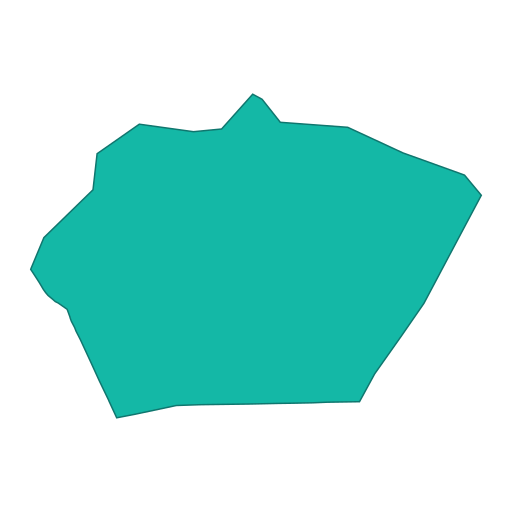 the district of Um Dafoug, Southern Darfur, Sudan
{"feature_id": "16777658B44845642747034", "entity_name": "Um Dafoug", "entity_type": "district", "adm_level": 2, "iso_a3": "SDN", "parent_name": "Sudan", "parent_adm1": "Southern Darfur", "projection": "equal_earth", "projection_center": [23.612, 10.562], "detail": "fine", "context": "isolated", "style": "filled", "palette": "teal", "viewbox_px": 512, "rotation_deg": 0, "n_neighbors": 0, "source": "geoboundaries", "source_scale": "gbopen_adm2", "svg_char_len": 776}
<svg xmlns="http://www.w3.org/2000/svg" viewBox="0 0 512 512"><path d="M441.5,270.2L466.3,223.5L481.3,195.3L464.5,175.1L402.9,152.9L347.7,127.3L280.3,122.3L262.1,99.3L252.7,94.2L221.6,129.0L193.5,131.7L139.3,124.2L97.1,153.7L93.0,189.8L43.9,237.6L31.1,268.3L30.7,269.4L32.2,271.6L36.5,278.2L39.5,282.9L43.4,289.5L45.7,292.7L48.1,295.5L50.4,297.4L52.6,299.2L55.3,301.6L58.0,302.9L67.0,309.2L67.4,310.0L69.8,316.6L70.4,318.7L71.3,321.1L72.1,322.7L74.7,327.7L76.0,331.1L80.3,339.5L90.9,362.4L99.3,380.8L108.7,400.3L108.9,400.9L116.7,417.8L134.8,414.3L176.3,405.5L199.7,404.7L205.5,404.6L250.9,404.0L278.3,403.4L292.2,403.2L312.9,402.8L327.1,402.2L359.5,401.7L374.7,373.8L401.8,335.4L423.9,303.4L438.4,276.1L441.5,270.2Z" fill="#14b8a6" stroke="#0f766e" stroke-width="1.5"/></svg>